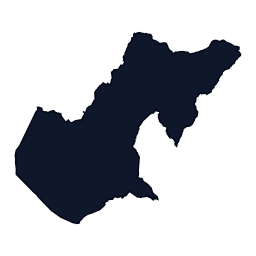 Ahualulco de Mercado, Jalisco, Mexico (Robinson projection)
{"feature_id": "50627088B69009115313413", "entity_name": "Ahualulco de Mercado", "entity_type": "district", "adm_level": 2, "iso_a3": "MEX", "parent_name": "Mexico", "parent_adm1": "Jalisco", "projection": "robinson", "projection_center": [-103.9, 20.71], "detail": "fine", "context": "isolated", "style": "filled", "palette": "ink", "viewbox_px": 256, "rotation_deg": 0, "n_neighbors": 0, "source": "geoboundaries", "source_scale": "gbopen_adm2", "svg_char_len": 5848}
<svg xmlns="http://www.w3.org/2000/svg" viewBox="0 0 256 256"><path d="M239.0,47.2L236.2,46.3L235.9,46.9L234.5,46.4L230.6,43.9L226.4,42.3L223.7,40.3L222.1,40.4L220.1,41.4L219.1,41.6L217.0,40.5L214.6,40.4L213.4,40.8L211.7,42.2L209.3,46.9L206.8,48.7L205.4,49.4L204.2,49.6L203.0,50.6L201.1,50.8L198.8,52.0L196.3,52.4L194.1,53.3L191.4,53.7L189.8,54.4L188.0,52.3L187.6,52.2L185.9,52.2L183.1,51.6L179.9,51.7L177.5,52.3L175.8,52.1L173.3,53.5L172.6,54.0L172.1,54.9L172.0,54.7L172.2,53.4L171.7,51.5L169.8,50.5L168.9,49.4L168.1,48.0L167.1,45.1L166.6,44.4L166.3,43.6L164.8,42.9L162.1,43.2L160.7,43.6L159.3,43.5L158.5,42.6L156.7,41.5L155.1,40.7L153.1,40.2L151.6,38.5L151.9,36.7L150.8,34.8L150.4,34.5L147.7,34.3L145.8,33.5L144.6,34.2L143.4,33.5L141.8,33.4L140.7,32.9L138.6,32.6L135.1,34.0L134.4,33.4L133.9,34.1L133.8,34.7L133.8,35.4L134.1,35.8L133.8,36.3L134.0,37.1L131.9,38.0L131.7,40.9L130.9,41.6L131.2,42.2L130.7,43.0L130.0,42.8L128.9,43.7L128.4,44.6L128.1,46.5L126.9,48.9L126.5,50.5L125.3,52.6L125.1,54.8L123.8,56.0L123.3,57.1L123.7,57.9L123.8,59.3L123.5,60.2L124.9,62.0L123.7,64.1L123.4,65.3L120.8,65.3L120.1,67.0L119.5,67.2L119.3,67.6L119.5,68.3L118.5,69.1L117.7,69.6L115.2,69.7L114.3,70.6L113.9,70.0L113.1,71.2L111.6,72.2L112.4,78.5L111.5,79.9L111.2,82.0L111.9,83.4L112.3,83.7L110.8,83.3L110.8,83.8L110.1,84.9L107.6,83.3L106.9,84.2L106.3,84.5L105.2,84.2L103.1,82.9L101.9,84.6L99.5,86.2L99.1,87.3L98.1,87.9L97.6,88.9L96.2,90.3L94.9,92.3L95.1,97.4L95.4,99.2L94.0,100.8L93.0,102.8L93.0,103.5L92.6,103.5L92.2,104.0L92.1,104.7L92.4,105.0L92.2,105.3L88.9,106.7L87.3,108.1L86.6,109.7L86.0,112.0L85.3,112.9L83.0,111.5L85.1,113.0L82.0,119.0L82.2,119.7L78.1,120.3L77.5,120.6L75.9,120.6L72.4,122.6L69.7,122.6L69.3,122.3L69.4,121.6L68.3,120.1L65.8,122.3L65.9,122.8L61.3,116.3L60.9,114.8L60.8,113.8L58.5,113.2L58.1,113.6L57.6,113.7L56.8,112.8L55.5,112.6L54.2,111.1L53.4,110.7L52.6,110.8L52.3,111.7L51.5,111.8L51.0,111.2L50.4,111.4L50.1,112.1L49.4,111.9L48.7,112.6L48.0,112.3L47.1,112.6L46.7,112.2L45.4,111.8L44.3,112.0L42.1,110.9L41.8,108.7L41.4,108.9L40.9,108.0L38.6,107.3L37.5,107.4L37.9,110.3L36.3,111.4L19.8,145.7L16.3,150.4L15.5,154.3L15.4,157.0L15.7,157.5L15.7,163.1L16.4,168.8L16.3,174.3L34.1,192.4L35.9,193.9L36.3,193.3L36.6,193.4L37.5,196.0L51.4,210.4L61.0,217.2L73.5,222.8L74.3,222.7L76.7,223.4L78.8,223.2L79.4,222.5L79.3,221.7L79.9,220.8L81.9,219.0L83.0,217.3L86.4,214.9L88.6,213.8L89.4,213.8L90.1,213.1L92.6,212.8L93.8,211.8L95.4,211.5L97.5,210.3L99.3,209.9L103.7,206.0L104.5,205.0L105.0,204.1L103.9,203.3L104.2,202.6L107.7,200.8L108.2,199.4L112.6,199.2L113.4,197.7L113.3,197.1L113.8,197.1L114.5,196.5L114.9,196.9L115.3,195.6L116.3,196.1L116.9,197.3L117.7,197.4L117.8,196.9L119.4,196.9L119.5,196.3L122.2,196.8L121.9,197.7L122.2,197.9L123.0,197.5L123.0,197.0L124.5,195.6L125.3,195.9L126.5,195.1L126.9,194.2L127.8,193.3L128.1,192.6L129.1,192.0L129.4,191.3L137.5,196.9L137.7,196.6L138.9,197.1L139.5,196.5L140.4,197.3L141.2,197.3L142.0,196.7L143.1,196.9L144.7,196.6L145.3,196.3L146.7,196.5L147.7,196.0L147.8,196.3L148.5,196.5L149.0,197.2L150.3,197.5L151.0,197.9L153.1,199.8L154.0,197.4L155.0,199.0L155.5,198.0L157.8,199.4L157.8,198.9L157.0,196.6L153.1,193.4L152.8,193.4L151.0,187.9L149.5,186.7L148.9,185.7L147.2,184.2L145.8,183.0L144.6,182.6L142.7,180.8L142.1,179.2L142.3,179.1L141.8,178.5L140.4,178.7L139.9,178.3L138.5,178.2L137.6,176.9L138.2,175.9L138.4,172.1L138.1,171.6L139.2,156.9L137.3,154.0L137.5,153.5L137.3,152.8L135.9,151.5L135.9,150.4L135.3,150.0L135.3,149.5L134.2,148.9L132.6,147.3L132.5,145.6L134.1,143.6L133.0,142.5L134.9,141.7L134.7,141.1L134.9,140.0L134.6,139.0L135.0,138.0L135.6,138.0L135.5,137.3L136.3,134.9L137.5,133.1L138.3,128.6L138.7,128.8L138.6,127.8L138.1,127.2L138.1,126.9L138.9,126.5L138.8,126.2L139.6,125.3L139.8,124.7L140.5,124.6L141.6,122.7L141.2,122.2L142.0,122.0L142.3,121.2L144.3,119.3L144.5,118.7L144.9,118.8L145.1,118.2L146.2,117.7L146.4,116.9L147.2,116.8L150.0,113.8L150.6,113.9L151.9,112.7L152.4,113.1L153.4,112.9L155.8,109.9L156.0,109.2L156.3,109.6L156.2,110.7L160.3,111.6L159.4,113.7L158.6,114.4L158.6,117.4L158.9,118.4L158.9,118.9L159.4,119.4L159.6,121.2L160.2,121.2L160.2,121.9L161.7,123.1L163.2,124.9L163.4,125.8L165.1,126.2L166.8,127.1L167.2,127.8L167.1,128.5L166.7,129.2L166.6,130.8L166.3,131.0L166.5,131.8L167.3,132.1L167.4,133.0L167.1,133.6L167.3,133.9L168.4,135.3L168.5,135.9L169.3,136.7L169.7,136.4L170.1,136.7L169.5,136.9L169.8,137.6L170.6,137.9L171.4,137.8L172.2,138.2L173.3,138.5L174.1,140.0L175.2,140.5L174.8,141.2L175.6,142.0L175.6,142.8L175.1,143.4L175.3,143.8L175.1,144.7L176.6,146.2L177.3,143.0L177.8,142.2L178.3,142.0L178.7,141.0L178.4,140.7L179.0,139.4L178.6,139.3L178.8,138.7L179.3,138.6L179.8,137.6L180.2,137.4L181.2,135.5L181.1,134.8L181.7,134.0L182.0,132.0L182.7,131.3L182.6,131.1L182.7,130.0L182.4,129.9L182.9,129.5L182.7,129.1L184.2,127.9L185.5,127.3L186.1,126.4L186.8,126.3L186.8,125.3L187.5,126.0L187.3,126.3L189.5,126.1L190.4,125.3L190.8,125.4L191.2,124.7L192.4,123.9L193.2,121.8L194.1,120.6L194.4,119.1L195.3,117.6L195.3,116.8L196.1,116.8L197.0,116.2L197.6,111.7L196.1,110.3L195.6,106.5L194.7,105.8L194.3,104.2L194.4,103.4L194.1,102.7L194.2,102.1L194.8,101.9L195.3,102.0L195.8,100.2L195.7,98.1L196.4,96.7L197.9,96.2L199.0,94.0L199.4,94.0L199.7,93.5L201.0,92.8L201.4,93.5L201.8,93.8L203.3,93.2L203.9,93.5L204.6,93.0L206.6,93.8L206.8,94.3L211.1,91.8L211.2,90.8L211.6,89.6L213.7,87.5L214.3,85.6L216.0,84.0L216.3,83.0L217.1,82.5L217.9,81.3L218.0,80.5L218.5,80.1L218.2,79.4L219.6,76.8L220.5,75.6L222.0,74.3L222.2,72.5L222.9,71.4L224.6,70.0L226.8,69.0L229.2,68.4L229.4,67.4L231.4,65.8L231.7,64.9L232.6,64.0L232.9,63.6L233.4,63.8L234.1,63.2L234.2,62.4L234.6,62.3L234.9,60.9L235.2,60.5L236.8,59.2L237.4,58.1L238.1,57.6L238.5,56.8L239.5,56.4L240.3,55.4L240.6,54.8L240.4,54.0L239.3,52.3L237.3,50.8L237.1,50.2L237.7,49.6L238.9,49.5L239.0,47.2Z" fill="#0f172a" stroke="#020617" stroke-width="1.5"/></svg>